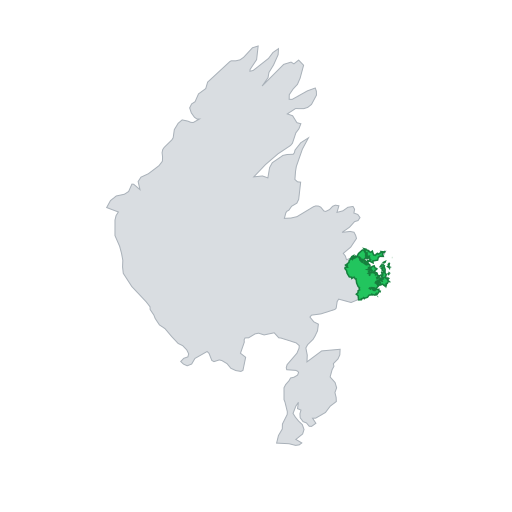 Belmullet-Lea-3, Mayo, Ireland shown in context, rotated 154°
{"feature_id": "5873133B47562740874876", "entity_name": "Belmullet-Lea-3", "entity_type": "district", "adm_level": 2, "iso_a3": "IRL", "parent_name": "Ireland", "parent_adm1": "Mayo", "projection": "albers", "projection_center": [-9.902, 54.113], "detail": "fine", "context": "in_parent", "style": "filled", "palette": "green", "viewbox_px": 512, "rotation_deg": 154, "n_neighbors": 0, "source": "geoboundaries", "source_scale": "gbopen_adm2", "svg_char_len": 9541}
<svg xmlns="http://www.w3.org/2000/svg" viewBox="0 0 512 512"><g transform="rotate(154 256 256)"><path d="M305.9,93.4L297.4,99.9L296.1,102.3L294.0,111.9L293.8,114.6L288.6,125.3L285.6,127.5L281.0,129.4L278.4,131.2L275.1,130.4L270.9,130.7L268.8,132.6L269.0,134.0L270.3,135.7L278.2,140.3L277.8,142.3L275.7,144.7L261.8,150.7L257.8,154.2L256.4,156.5L258.0,160.3L269.5,171.3L271.4,172.5L273.3,179.0L283.3,181.5L287.5,185.5L291.0,186.4L298.6,185.7L301.7,187.2L303.4,185.9L304.3,183.7L312.6,175.4L309.7,169.5L317.9,158.9L320.2,158.9L324.4,161.9L327.8,166.1L329.2,171.9L332.5,177.0L334.6,178.7L340.1,179.5L341.5,181.5L340.9,189.1L341.8,191.6L355.8,190.7L361.2,187.1L366.0,187.5L368.6,190.7L369.9,194.2L365.8,195.7L361.4,195.2L359.4,197.6L359.4,202.0L361.2,207.6L364.3,211.5L367.1,220.5L369.6,230.5L373.0,236.4L374.0,244.0L373.7,247.7L374.6,254.3L373.5,256.8L374.8,263.0L381.0,282.9L382.9,298.6L380.7,304.7L377.6,310.5L375.7,317.3L374.3,324.5L373.8,336.2L367.0,350.1L364.0,353.7L360.4,355.9L369.0,365.0L362.5,369.6L355.3,371.2L347.2,369.2L342.2,369.8L336.0,375.0L334.5,374.1L331.2,366.5L329.3,374.6L324.8,377.3L316.8,377.1L303.6,379.7L298.6,382.2L296.6,385.9L295.1,390.1L293.1,392.6L290.8,393.9L280.6,397.3L278.6,398.6L274.0,405.4L267.8,409.4L262.7,410.7L258.0,407.0L256.0,404.7L253.9,403.5L246.8,403.9L249.0,405.0L250.5,407.7L251.4,413.0L250.7,418.2L247.2,420.9L243.1,421.4L236.6,426.9L227.8,428.5L223.2,433.5L194.3,442.2L192.7,442.3L188.7,440.3L184.3,439.3L180.0,440.0L167.9,444.7L162.0,443.8L169.4,432.2L179.5,426.3L180.5,424.7L177.2,424.0L158.1,428.1L151.5,431.5L144.9,432.5L147.9,427.2L156.5,420.0L163.9,415.3L167.0,411.0L176.0,406.1L147.1,416.1L139.5,414.9L137.7,412.1L131.8,413.4L129.6,406.6L138.4,396.5L143.5,392.1L149.5,389.8L155.4,386.4L157.5,382.3L154.8,380.9L137.4,381.9L129.1,381.0L129.5,377.7L131.1,374.1L139.7,367.9L144.4,366.9L148.5,367.5L155.9,371.2L165.6,370.0L161.6,366.0L160.8,357.9L157.7,355.2L161.7,351.5L166.2,349.2L173.8,341.4L176.5,340.2L191.4,338.2L207.4,334.0L223.3,328.1L215.1,325.1L211.1,321.0L205.0,329.5L200.5,332.7L187.7,334.6L183.6,333.6L177.9,331.1L176.1,332.1L174.5,334.1L166.0,338.2L157.1,339.2L167.5,331.7L180.5,318.8L183.4,314.7L187.5,307.7L186.2,304.5L183.5,302.8L192.8,288.2L196.1,285.6L202.2,285.1L206.5,282.7L208.5,282.7L210.2,281.8L214.0,277.4L208.0,274.8L201.9,273.4L182.8,275.1L180.3,274.8L178.0,273.5L176.4,271.5L175.2,266.6L173.8,265.5L169.5,265.5L165.3,267.1L162.4,266.9L159.5,264.8L164.1,259.7L158.1,258.5L152.1,259.5L147.1,258.0L146.9,254.8L149.2,251.7L146.3,248.7L145.7,244.9L148.8,243.1L152.3,243.7L159.3,240.9L168.3,239.5L160.6,236.8L157.5,234.4L157.4,230.8L158.0,227.7L166.9,222.5L176.4,220.1L175.7,216.7L176.3,213.0L166.7,211.9L157.3,214.6L158.3,207.5L160.5,201.0L161.0,196.8L160.5,192.3L156.1,194.2L155.6,187.8L153.7,183.4L147.2,186.4L147.4,180.6L149.3,176.6L152.7,174.8L156.0,175.6L162.3,175.5L168.4,172.5L177.1,171.7L190.9,172.5L200.6,181.0L203.0,179.5L206.8,174.0L208.5,173.4L223.0,175.5L232.0,178.5L234.3,177.5L232.9,171.5L229.8,167.4L233.5,161.8L238.1,158.1L241.2,156.1L248.4,153.7L251.5,151.5L253.4,144.4L256.6,138.5L238.6,141.9L221.3,135.3L224.0,130.4L227.5,127.5L233.7,125.3L234.3,122.7L237.4,120.5L242.4,114.8L240.4,107.6L241.3,102.2L244.9,98.7L246.0,93.7L247.6,90.0L255.1,88.5L262.2,84.9L273.4,84.1L276.3,85.4L275.5,79.4L280.7,78.5L282.8,79.6L283.8,83.8L286.3,86.5L287.2,91.2L285.7,94.9L283.1,97.8L285.6,100.6L282.0,105.9L286.0,103.6L291.7,98.3L291.3,94.1L290.1,88.9L288.3,84.2L288.9,79.0L292.1,75.6L300.6,73.7L296.8,67.9L300.0,67.3L303.4,68.4L308.6,72.8L319.5,78.8L314.5,84.8L308.2,89.0L305.9,93.4ZM155.3,209.8L155.1,212.6L150.9,209.1L148.9,205.3L137.4,203.5L142.2,199.8L144.5,200.9L152.6,201.1L154.9,202.7L155.3,209.8Z" fill="#d9dde1" stroke="#a8b0b8" stroke-width="1"/><path d="M181.7,200.5L181.3,196.3L179.2,194.9L179.7,193.9L177.1,194.0L176.8,191.8L176.1,191.6L177.4,187.6L177.6,183.8L176.9,182.0L177.7,181.3L177.7,180.1L179.5,180.0L180.4,178.3L182.6,177.7L181.6,175.5L183.0,171.6L180.5,170.5L180.0,171.5L178.7,170.8L177.6,171.5L176.9,170.5L173.9,170.0L171.5,171.3L169.0,170.3L168.7,170.9L166.3,168.7L164.6,169.5L164.9,168.3L164.5,168.2L160.5,170.2L160.7,171.8L160.2,172.2L162.7,173.4L164.2,172.8L165.6,173.7L165.7,174.4L163.9,173.1L163.2,173.8L166.5,176.9L168.1,175.4L167.5,176.4L168.2,177.1L168.3,177.2L168.2,177.4L168.4,177.4L168.5,177.9L167.4,176.4L166.4,177.2L163.6,175.5L162.8,174.1L160.0,175.0L159.2,176.7L159.6,177.3L159.2,177.8L161.0,180.0L159.1,178.9L158.5,179.4L159.4,179.6L159.4,180.5L154.7,180.7L153.2,179.9L154.5,180.0L153.3,177.2L154.8,180.0L155.6,180.2L155.4,179.5L157.3,179.5L156.7,178.9L158.0,178.4L158.8,175.5L157.1,176.2L156.8,175.0L156.5,177.5L155.9,177.5L156.3,175.3L154.5,175.2L153.9,173.6L153.0,173.3L153.3,172.5L152.4,172.0L152.0,172.4L152.5,172.9L151.2,173.3L151.0,174.2L149.8,173.9L147.9,175.4L148.2,176.8L147.0,177.4L148.3,177.8L148.4,178.9L146.3,178.0L149.2,179.4L149.3,180.3L147.0,182.3L147.5,184.2L145.8,187.4L145.5,190.6L144.9,191.0L145.5,192.3L147.1,193.0L149.1,191.9L147.1,190.3L147.5,189.2L148.7,189.5L148.2,188.1L149.2,187.3L147.2,186.3L148.9,185.0L150.3,185.8L150.4,184.4L150.2,183.3L149.6,183.2L151.8,183.9L151.6,182.8L152.3,182.3L150.9,180.7L152.3,180.6L151.7,179.6L152.9,179.5L153.1,180.8L155.1,182.6L157.2,182.5L157.0,183.6L156.3,182.9L155.0,184.8L154.1,183.7L153.3,184.0L155.0,184.9L155.7,186.5L156.8,186.6L156.4,187.3L154.9,186.6L154.7,187.7L156.1,189.3L157.1,188.6L158.2,190.2L156.4,189.8L155.7,190.8L153.3,191.2L152.9,191.6L154.3,193.3L154.1,195.4L156.4,195.6L158.5,194.5L158.0,192.1L159.1,193.0L159.4,191.0L160.0,190.9L160.1,190.7L159.6,190.7L159.2,190.2L161.5,190.9L161.7,189.3L162.8,188.4L161.7,190.2L162.6,191.0L160.3,191.2L161.7,192.5L160.0,193.2L159.3,194.6L161.0,194.3L161.8,195.0L160.5,194.8L159.9,196.3L158.7,195.1L157.6,197.9L158.5,200.4L158.4,199.0L160.0,199.5L159.0,200.3L160.9,201.4L160.6,200.3L161.0,200.1L162.3,202.5L161.0,201.9L161.0,204.8L161.9,204.5L163.2,205.0L163.1,204.0L164.0,203.8L163.6,204.1L163.9,205.0L163.7,205.3L164.4,206.5L163.9,208.8L164.3,210.0L163.5,209.8L162.9,208.2L164.0,208.1L163.8,206.3L162.0,206.5L161.6,205.2L158.4,206.3L157.6,205.5L157.7,206.9L155.8,208.1L157.3,204.9L155.5,204.8L155.8,205.2L154.9,206.0L155.6,206.3L155.5,206.6L154.1,206.2L155.1,205.0L154.6,204.3L155.2,203.2L154.7,202.4L156.4,201.9L153.8,198.5L153.1,200.3L148.5,199.0L146.6,201.3L144.8,201.5L141.8,199.9L141.7,201.9L140.6,203.2L138.9,203.1L137.7,203.8L138.9,203.4L141.7,205.2L141.7,204.3L145.3,204.0L145.8,205.2L148.6,204.2L149.9,205.4L149.3,209.4L151.3,209.0L152.8,210.8L152.3,211.4L154.5,213.5L155.6,213.4L155.9,211.7L155.7,210.2L154.8,210.2L155.2,209.3L155.8,209.8L156.3,209.4L155.8,208.9L157.8,207.6L156.3,210.0L156.5,213.1L155.6,213.7L157.9,214.7L162.8,213.3L165.1,211.3L164.6,210.6L166.9,211.9L167.7,211.6L166.7,211.0L167.0,210.9L170.7,211.0L171.5,211.3L171.1,211.5L171.3,212.0L172.0,211.1L171.8,212.0L172.4,212.3L171.9,211.9L174.5,210.8L175.2,209.5L177.4,209.0L178.4,206.6L178.9,208.0L178.5,208.7L179.6,208.6L178.8,205.8L181.0,206.6L181.6,205.6L181.0,203.3L181.7,200.5ZM158.5,202.3L158.9,201.1L156.7,201.9L157.1,202.9L157.5,202.9L157.4,202.7L157.3,202.0L158.5,202.3ZM160.4,202.1L159.4,202.4L160.0,203.7L159.7,204.4L160.7,203.6L160.4,202.1ZM142.4,188.9L141.4,187.3L140.6,187.3L141.1,187.8L140.7,189.3L142.4,188.9ZM140.8,190.5L140.4,189.5L139.0,191.3L140.8,190.5ZM155.3,213.9L154.4,213.7L154.2,213.9L155.6,215.1L155.3,213.9ZM161.7,204.7L162.8,206.3L162.8,205.0L161.7,204.7ZM143.2,194.4L142.6,193.9L142.1,194.4L143.2,194.4ZM167.7,212.5L168.1,211.9L167.5,212.5L167.7,212.5ZM145.3,181.2L144.8,181.1L145.7,181.4L145.3,181.2ZM144.4,194.0L143.8,193.7L143.5,194.1L144.4,194.0ZM170.7,211.9L170.4,212.2L171.1,212.2L170.7,211.9ZM169.0,211.7L168.9,211.5L168.7,211.5L169.0,211.7ZM169.6,211.6L169.9,211.9L170.1,211.8L169.6,211.6ZM168.9,212.3L169.3,212.3L168.8,212.1L168.9,212.3ZM160.1,170.1L160.0,169.7L159.8,169.9L160.1,170.1ZM171.4,212.5L171.3,212.2L171.0,212.5L171.4,212.5ZM163.7,205.5L163.5,205.2L163.3,205.5L163.7,205.5ZM170.0,212.7L169.8,212.5L169.7,212.6L170.0,212.7ZM169.9,211.5L170.0,211.3L169.7,211.5L169.9,211.5ZM141.5,186.1L141.9,185.9L142.1,185.9L141.7,185.9L141.5,186.1ZM159.8,201.7L159.9,202.0L159.8,201.7L159.8,201.7ZM168.9,213.6L169.3,213.3L168.8,213.6L168.9,213.6ZM147.2,174.2L147.5,174.1L147.2,174.1L147.2,174.2ZM168.9,213.0L168.8,212.7L168.7,212.7L168.9,213.0ZM146.8,205.3L146.8,205.6L146.8,205.3ZM144.8,182.0L144.5,182.2L145.0,182.1L144.8,181.9L144.8,182.0ZM152.6,171.9L152.6,171.7L152.4,171.9L152.6,171.9ZM141.3,186.5L141.5,186.7L141.3,186.5ZM164.4,166.1L164.6,166.0L164.2,166.2L164.4,166.1ZM141.6,186.2L141.4,186.2L141.2,186.4L141.6,186.2ZM144.8,181.9L144.6,182.0L144.8,182.0L144.8,181.9ZM159.0,201.0L159.1,200.8L159.0,201.0L159.0,201.0ZM145.2,182.0L145.5,181.9L145.2,181.9L145.2,182.0ZM164.5,166.4L164.3,166.3L164.5,166.4ZM143.7,182.4L143.8,182.2L143.6,182.2L143.7,182.4ZM177.1,170.5L177.1,170.3L176.9,170.4L177.1,170.5ZM170.5,212.7L170.6,212.8L170.5,212.7ZM170.5,211.8L170.5,211.6L170.3,211.7L170.5,211.8ZM168.2,169.1L168.1,169.6L168.2,169.1ZM169.6,213.1L169.4,213.1L169.6,213.1ZM145.3,181.5L145.1,181.5L145.4,181.5L145.3,181.5ZM141.8,186.1L141.7,186.1L141.8,186.1ZM170.8,213.1L170.6,213.1L170.8,213.1ZM140.9,189.9L141.1,189.9L140.9,189.9ZM144.5,192.9L144.7,193.0L144.5,192.9ZM134.5,195.0L134.3,194.9L134.5,195.0ZM171.0,213.6L170.9,213.6L171.0,213.6ZM170.2,213.4L170.3,213.3L170.1,213.3L170.2,213.4ZM165.2,211.1L165.3,211.0L165.1,211.2L165.2,211.1ZM169.4,212.0L169.6,212.0L169.4,212.0L169.4,212.0ZM167.8,212.9L168.0,212.8L167.8,212.9L167.8,212.9Z" fill="#22c55e" stroke="#15803d" stroke-width="1.5"/></g></svg>